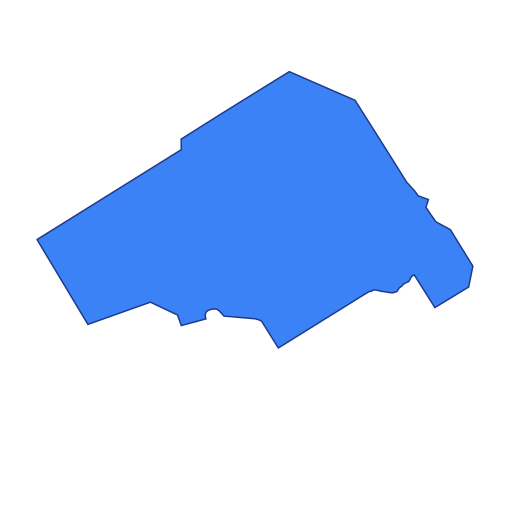 outline of Yangoru Saussia District, East Sepik, Papua New Guinea, rotated 148°
{"feature_id": "67681753B58209203990587", "entity_name": "Yangoru Saussia District", "entity_type": "district", "adm_level": 2, "iso_a3": "PNG", "parent_name": "Papua New Guinea", "parent_adm1": "East Sepik", "projection": "robinson", "projection_center": [143.419, -3.768], "detail": "fine", "context": "isolated", "style": "filled", "palette": "blue", "viewbox_px": 512, "rotation_deg": 148, "n_neighbors": 0, "source": "geoboundaries", "source_scale": "gbopen_adm2", "svg_char_len": 915}
<svg xmlns="http://www.w3.org/2000/svg" viewBox="0 0 512 512"><g transform="rotate(148 256 256)"><path d="M432.9,386.0L433.0,385.8L434.8,287.1L370.0,272.8L353.8,247.5L356.2,236.6L331.8,229.2L331.2,231.3L330.0,233.2L328.0,234.9L325.2,235.2L322.1,234.5L319.5,233.2L317.6,231.8L316.5,229.7L316.0,227.6L315.6,225.8L315.0,222.0L290.1,203.3L287.5,200.5L285.8,197.8L285.8,166.2L205.1,166.0L185.3,166.0L179.0,165.9L176.8,164.9L174.0,165.0L171.2,162.5L168.6,159.8L164.5,156.4L162.4,154.4L159.5,152.3L155.4,151.2L151.5,153.0L148.5,153.2L145.6,154.0L142.5,153.8L140.0,153.4L137.3,154.8L135.7,155.8L135.1,156.1L131.8,156.2L131.6,117.5L92.1,117.0L77.5,132.4L77.2,175.3L85.3,189.6L85.8,198.5L86.1,207.2L79.9,212.5L86.6,221.1L86.9,226.5L89.1,238.6L89.2,286.8L89.5,335.6L104.2,356.9L130.1,394.7L146.8,394.8L174.3,394.9L212.0,395.0L257.5,394.8L263.0,385.8L432.9,386.0Z" fill="#3b82f6" stroke="#1e3a8a" stroke-width="1.5"/></g></svg>